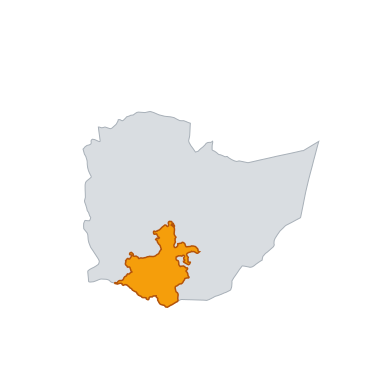 Ethiopia, with Southern Nations, Nationalities and Peoples highlighted, rotated 329°
{"feature_id": "ETH-3129", "entity_name": "Southern Nations, Nationalities and Peoples", "entity_type": "Administrative State", "adm_level": 1, "iso_a3": "ETH", "parent_name": "Ethiopia", "parent_adm1": "", "projection": "mercator", "projection_center": [36.895, 6.444], "detail": "fine", "context": "in_parent", "style": "filled", "palette": "amber", "viewbox_px": 384, "rotation_deg": 329, "n_neighbors": 0, "source": "natural_earth", "source_scale": "10m", "svg_char_len": 9547}
<svg xmlns="http://www.w3.org/2000/svg" viewBox="0 0 384 384"><g transform="rotate(329 192 192)"><path d="M98.1,259.2L97.9,258.9L96.3,257.6L94.8,256.0L93.9,254.1L93.0,252.6L92.6,249.2L91.5,247.2L90.4,244.6L88.8,239.8L88.1,238.1L86.8,237.0L85.5,235.9L84.1,233.8L80.4,231.9L78.9,230.4L76.5,227.9L75.9,226.6L75.7,225.3L74.9,224.1L73.6,222.7L69.3,219.8L68.2,219.4L66.6,219.1L64.4,218.8L61.4,218.2L58.8,217.0L57.6,216.2L57.3,215.6L57.6,214.7L58.5,213.1L60.3,209.3L61.6,206.6L62.4,205.9L64.7,205.7L67.2,205.8L69.0,206.0L71.5,206.0L74.5,205.8L75.7,204.9L76.7,203.9L77.0,203.2L77.2,201.5L77.2,200.2L77.0,194.9L76.9,191.7L76.7,188.0L76.7,187.2L76.8,186.3L77.5,182.3L78.2,180.1L78.7,178.9L80.6,175.1L80.9,173.9L81.0,172.8L80.3,167.8L81.5,165.4L83.1,163.0L84.5,162.0L85.6,161.3L86.2,161.6L87.5,162.7L89.2,163.8L90.0,163.5L91.2,162.6L92.1,161.6L92.0,159.8L92.8,156.2L92.6,154.1L93.5,151.4L94.4,147.7L94.8,145.4L95.3,144.2L97.9,141.6L100.0,137.9L101.4,135.3L104.0,130.9L105.4,129.3L106.5,128.6L108.1,128.2L111.1,127.8L113.2,127.4L113.6,126.8L113.7,126.0L113.8,124.0L114.2,120.6L115.1,117.4L116.2,114.9L116.8,113.7L117.5,112.6L118.3,110.8L119.3,106.8L119.3,104.1L120.7,99.1L121.1,99.1L123.5,98.2L125.9,98.0L128.2,98.7L129.7,98.8L130.4,98.5L131.1,97.7L131.7,96.3L132.6,95.6L133.9,95.5L135.6,97.0L138.4,101.0L139.1,101.2L139.5,101.1L140.9,97.9L142.0,95.4L144.0,90.7L145.2,88.1L146.2,88.8L147.3,90.2L148.5,90.8L149.8,91.2L150.4,91.3L151.2,91.8L154.0,95.1L155.0,95.9L156.3,96.0L161.9,94.9L165.2,93.0L165.7,92.2L166.6,92.2L167.7,93.1L168.1,93.9L168.8,95.0L170.1,95.2L173.3,94.4L174.8,93.9L176.1,94.3L177.8,94.6L178.8,94.6L181.3,95.7L184.3,95.4L185.7,95.4L187.2,95.9L189.6,97.6L192.6,99.7L197.1,101.2L198.0,101.8L200.1,104.2L203.4,108.8L207.7,113.1L212.4,116.6L214.9,119.0L216.6,121.9L218.3,124.5L220.0,125.7L221.6,126.6L223.2,128.6L224.4,130.3L226.0,132.2L224.2,134.8L221.9,138.3L219.1,142.4L218.3,143.4L215.9,145.9L215.4,146.5L215.0,148.3L214.9,151.6L215.3,155.7L215.5,159.5L216.9,159.9L218.4,160.2L220.1,159.7L222.2,159.3L224.7,159.0L227.5,158.3L229.2,157.6L230.9,157.7L232.5,158.4L233.3,159.0L234.4,159.2L235.8,159.1L235.5,159.9L234.7,160.9L233.7,161.9L232.9,163.0L231.0,166.1L231.0,166.4L231.2,167.0L232.2,168.4L233.3,170.7L233.9,172.7L234.3,173.7L235.6,174.8L237.4,177.2L238.4,178.8L240.4,179.6L241.1,181.6L242.6,184.5L244.2,186.9L245.8,188.7L247.6,189.4L248.3,189.5L252.0,192.9L254.8,195.5L255.5,195.9L260.6,197.6L266.5,199.5L271.2,201.1L277.2,203.1L283.1,205.0L288.6,206.9L296.4,209.6L302.7,211.7L307.6,213.3L308.7,213.9L326.7,213.9L322.2,218.2L317.2,223.1L311.9,228.2L308.6,231.5L303.2,236.7L298.7,241.1L294.1,245.8L289.9,250.1L284.5,256.0L281.0,259.9L275.5,265.9L272.0,269.7L271.5,269.9L266.6,269.6L261.8,269.4L255.6,269.0L254.9,269.0L253.1,269.4L252.1,269.7L247.6,270.7L246.8,271.0L243.2,272.6L239.4,274.5L237.4,276.0L235.9,278.1L235.3,279.6L234.6,280.3L233.4,280.9L225.6,282.3L223.3,282.5L219.6,283.7L217.7,285.6L217.1,286.5L214.5,286.5L209.9,286.8L207.9,287.1L206.9,287.2L205.2,287.2L203.7,286.8L202.8,286.3L201.6,285.1L198.9,282.7L197.0,281.2L192.7,282.9L188.9,284.7L183.5,287.1L180.4,288.8L179.4,290.6L177.1,293.8L174.9,295.7L174.1,295.9L169.3,295.5L167.5,295.1L164.7,294.8L160.8,294.1L158.2,293.4L155.4,293.3L151.3,293.0L148.8,292.5L146.3,290.7L143.0,288.6L139.6,286.4L136.2,284.2L132.1,281.6L127.6,278.7L126.6,278.4L126.1,278.4L121.2,278.3L116.2,278.1L112.8,278.0L111.7,277.7L110.9,277.1L109.9,275.0L108.5,273.5L107.0,271.6L106.9,269.0L107.3,266.2L107.7,265.3L107.5,264.4L107.5,263.1L106.7,261.9L101.7,260.5L100.9,260.7L100.1,261.2L99.2,261.5L98.5,261.2L98.1,260.7L98.1,259.8L98.1,259.2Z" fill="#d9dde1" stroke="#a8b0b8" stroke-width="1"/><path d="M99.1,261.8L98.8,261.7L98.5,261.4L97.8,260.3L97.8,260.0L98.2,259.4L98.0,258.9L97.3,258.3L95.9,257.5L95.1,256.9L94.9,256.5L94.8,255.5L94.5,255.0L93.0,252.9L92.9,252.5L92.8,252.3L93.0,251.6L92.9,251.4L92.6,251.1L92.5,250.9L92.6,250.5L92.8,250.1L92.6,248.9L92.4,248.6L91.5,247.5L91.2,246.7L90.5,245.6L90.4,245.2L90.4,244.1L90.3,243.7L89.6,242.4L89.4,242.1L89.3,241.0L88.9,240.0L88.5,238.5L88.2,238.2L88.0,237.7L86.8,236.8L86.5,236.7L85.3,236.7L85.0,236.6L84.8,236.4L84.7,235.7L84.5,235.4L84.8,235.1L84.8,234.8L84.7,234.5L84.4,233.9L83.2,233.1L80.7,232.5L80.4,232.3L80.2,231.9L79.5,231.4L79.2,231.0L78.9,230.8L78.9,230.2L79.3,230.0L79.8,230.3L80.7,231.1L81.2,231.1L81.7,231.0L82.5,230.6L83.2,230.5L83.9,230.5L84.6,230.7L85.6,231.4L86.1,231.6L86.7,231.7L87.2,231.7L87.8,231.6L88.2,231.4L89.6,230.4L90.1,230.2L90.6,230.0L91.3,230.0L92.4,230.1L92.8,229.9L93.1,229.5L93.4,229.6L93.8,229.5L94.2,229.3L94.5,229.0L94.8,229.3L95.3,229.5L96.1,229.9L96.6,229.8L97.4,229.5L97.8,229.4L98.8,229.6L99.3,229.6L99.4,229.1L99.2,228.6L99.1,228.3L99.2,227.4L99.5,227.0L99.5,226.2L99.9,225.0L99.9,224.6L99.8,224.2L99.5,223.9L98.2,223.3L98.0,223.0L98.2,222.5L98.1,222.2L97.7,220.6L97.7,219.7L97.9,219.2L98.2,218.9L98.7,218.3L99.4,217.8L99.5,217.1L99.7,216.7L100.4,216.6L101.2,216.0L101.8,216.0L102.1,215.9L102.9,215.9L103.2,216.7L103.4,217.0L103.9,217.2L104.3,217.2L104.7,217.0L105.6,216.5L106.5,216.2L106.9,216.0L107.6,215.3L107.8,215.0L107.6,214.7L106.7,214.0L106.4,213.7L106.4,213.3L106.8,212.7L107.1,212.4L107.5,212.3L108.3,212.3L108.7,212.4L109.0,212.6L109.1,212.9L109.6,214.6L109.6,215.0L109.5,215.4L108.7,216.4L108.8,216.7L109.1,217.1L110.2,217.8L110.8,218.0L111.1,218.2L111.3,218.5L111.7,219.4L112.1,220.0L112.2,220.3L112.0,221.3L112.1,221.6L112.5,221.8L113.9,222.0L114.6,222.4L115.2,223.0L116.0,223.4L117.1,223.8L117.6,223.9L118.2,224.2L118.9,224.4L120.2,224.5L122.0,225.2L122.3,225.2L125.4,227.3L126.2,227.6L127.0,227.8L127.8,227.9L128.5,227.8L129.8,227.6L131.2,227.7L131.8,227.6L132.3,227.3L133.5,226.4L135.3,225.6L135.9,225.2L136.1,225.3L136.4,224.6L136.5,223.8L136.6,223.4L137.1,221.4L137.1,221.2L136.7,219.8L136.6,219.1L136.6,216.9L137.1,215.6L137.0,215.1L136.4,214.4L136.4,213.9L137.5,213.6L138.0,213.5L138.5,213.7L138.9,214.4L139.1,214.6L139.5,214.7L140.4,214.5L140.4,214.0L140.3,213.7L140.0,213.1L139.9,212.7L139.9,211.4L140.1,209.7L138.4,209.1L137.9,208.7L137.7,208.2L137.8,207.7L138.1,206.9L138.6,206.2L138.9,206.0L139.4,206.0L139.7,206.4L140.2,207.2L140.6,207.2L141.8,207.3L142.1,207.6L143.1,207.4L144.3,207.7L144.7,207.7L148.1,206.8L150.6,206.5L151.6,206.3L151.9,206.4L152.2,206.6L152.6,207.0L152.8,207.5L152.8,208.2L153.1,208.9L153.8,209.0L154.5,208.8L155.0,208.3L155.2,208.0L155.5,206.7L155.8,206.2L156.3,205.7L157.1,205.5L157.5,205.5L157.7,205.8L158.9,206.4L159.1,206.7L159.3,207.1L159.3,207.5L159.1,208.4L159.2,208.7L159.8,209.3L159.5,210.5L159.6,211.8L159.4,212.1L158.8,211.3L158.6,211.1L158.3,209.6L158.1,209.2L157.1,209.6L157.2,210.0L157.7,210.7L158.1,212.1L158.4,213.5L157.9,214.7L157.3,215.7L156.5,216.7L156.1,217.4L155.5,218.0L154.9,219.4L154.8,220.6L155.0,222.4L154.8,222.7L153.7,223.1L153.4,223.3L152.9,224.4L152.4,225.0L152.3,225.4L152.1,226.1L151.9,226.4L149.5,227.9L149.0,228.4L148.7,228.9L148.5,230.2L148.6,230.6L148.9,230.9L149.4,231.1L150.0,231.3L151.7,230.9L152.0,230.7L152.7,229.9L153.2,229.0L153.7,229.2L154.2,229.5L155.4,229.8L156.0,230.2L156.6,230.4L157.2,230.2L157.7,230.1L158.3,230.5L158.8,231.4L159.2,232.4L158.7,235.2L158.8,235.8L158.9,236.0L159.5,236.4L160.1,236.6L162.5,237.8L163.6,238.0L164.1,238.1L164.6,238.6L165.3,239.0L166.9,240.6L167.0,240.9L167.1,241.7L167.6,243.4L167.5,244.2L167.4,244.6L166.9,245.3L166.9,245.7L167.4,246.8L167.7,247.1L165.9,247.4L165.1,247.3L164.3,246.6L164.1,246.0L163.3,244.5L162.8,243.9L161.4,243.2L161.2,243.1L161.0,242.6L160.4,242.7L159.9,242.7L158.4,242.2L157.7,242.1L156.9,242.1L156.0,242.2L155.4,242.6L155.0,243.2L154.9,244.1L155.1,245.6L155.1,246.2L154.9,246.4L154.2,246.9L154.0,247.3L153.7,248.0L153.1,249.1L152.9,249.4L152.6,249.7L152.5,249.8L152.6,250.0L153.1,250.5L154.2,251.1L154.4,251.3L154.3,251.5L153.0,252.4L151.9,252.6L151.5,252.5L151.1,252.0L148.9,248.1L148.8,247.8L148.9,247.3L149.0,246.9L149.3,246.9L149.7,247.1L150.1,247.1L150.4,247.0L150.7,246.6L150.8,246.1L150.4,245.5L150.5,245.1L150.8,244.4L151.0,244.1L152.1,243.7L152.6,243.0L152.5,242.3L151.9,241.7L151.6,241.6L151.2,241.6L150.5,241.8L150.3,241.8L149.5,240.9L148.2,240.2L147.6,239.7L147.3,239.6L146.6,239.8L146.0,239.8L145.5,239.4L145.2,239.4L144.9,239.7L144.0,240.8L143.7,241.6L143.7,242.4L144.3,243.1L144.7,243.8L144.6,244.7L144.3,245.6L144.0,246.3L143.5,247.0L143.3,247.4L143.3,247.9L143.5,249.2L143.4,249.6L143.6,249.9L144.6,250.1L146.7,251.1L147.4,252.6L147.5,253.5L147.7,253.8L148.0,254.1L148.4,254.3L148.8,254.5L148.9,254.9L148.8,255.4L148.6,255.7L147.4,256.2L146.5,256.4L146.3,256.6L146.1,256.9L146.4,258.2L146.4,259.1L146.2,260.1L145.5,261.6L145.5,262.0L145.6,262.8L145.6,263.3L145.5,263.6L145.2,263.8L144.8,263.9L143.7,263.2L141.6,262.5L141.2,262.5L140.9,262.8L140.7,263.1L140.5,263.3L139.2,263.8L137.5,264.8L136.5,265.1L135.6,265.2L135.2,265.0L134.4,264.6L133.9,264.5L133.4,264.4L131.4,264.7L131.0,264.7L129.6,264.5L129.2,264.5L128.8,264.8L128.2,265.4L127.9,266.2L127.0,268.9L127.0,269.3L127.1,269.7L127.5,270.6L127.6,271.1L127.5,272.1L127.1,273.1L125.8,274.7L124.9,276.0L124.3,277.6L123.8,278.0L123.2,278.2L123.0,278.4L122.4,278.2L116.3,278.3L116.1,278.2L115.5,278.0L114.7,278.1L112.0,278.1L111.6,278.1L111.2,277.8L110.6,277.2L110.2,277.0L110.1,276.7L110.1,275.7L109.9,275.3L109.9,275.0L107.4,272.4L107.0,271.6L106.8,270.7L106.9,267.0L107.0,266.7L107.7,265.9L107.8,265.5L107.8,265.1L107.3,264.0L107.3,263.7L107.4,263.2L107.9,262.5L107.8,262.4L106.8,262.0L105.6,261.3L105.2,261.1L104.1,261.5L103.6,261.3L102.9,260.7L102.5,260.5L101.8,260.3L101.1,260.4L100.7,260.7L99.9,261.5L99.5,261.8L99.1,261.8Z" fill="#f59e0b" stroke="#b45309" stroke-width="1.5"/></g></svg>